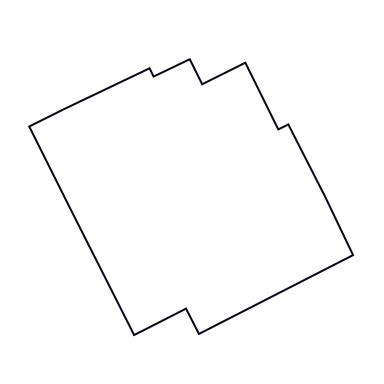 Logan, Illinois, United States of America, rotated 154°
{"feature_id": "52423323B39972764046718", "entity_name": "Logan", "entity_type": "district", "adm_level": 2, "iso_a3": "USA", "parent_name": "United States of America", "parent_adm1": "Illinois", "projection": "natural_earth1", "projection_center": [-89.404, 40.121], "detail": "fine", "context": "isolated", "style": "outline", "palette": "ink", "viewbox_px": 384, "rotation_deg": 154, "n_neighbors": 0, "source": "geoboundaries", "source_scale": "gbopen_adm2", "svg_char_len": 369}
<svg xmlns="http://www.w3.org/2000/svg" viewBox="0 0 384 384"><g transform="rotate(154 192 192)"><path d="M74.9,64.7L74.4,129.8L75.5,191.2L75.8,210.5L87.0,210.4L87.4,284.8L135.6,284.4L135.8,312.3L175.9,312.6L175.9,321.8L271.6,322.6L309.6,322.2L308.8,238.2L306.7,89.1L306.7,88.8L248.5,89.8L248.0,61.4L74.9,64.7Z" fill="none" stroke="#020617" stroke-width="2"/></g></svg>